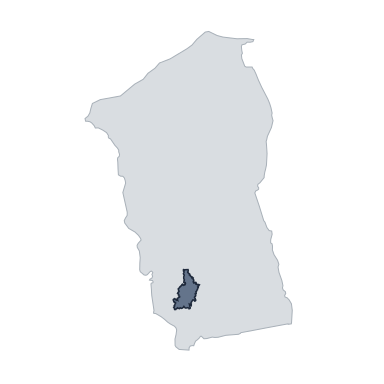 Karaga, Northern, Ghana shown in context, rotated 170°
{"feature_id": "2480657B76285553918092", "entity_name": "Karaga", "entity_type": "district", "adm_level": 2, "iso_a3": "GHA", "parent_name": "Ghana", "parent_adm1": "Northern", "projection": "natural_earth1", "projection_center": [-0.451, 9.918], "detail": "fine", "context": "in_parent", "style": "filled", "palette": "slate", "viewbox_px": 384, "rotation_deg": 170, "n_neighbors": 0, "source": "geoboundaries", "source_scale": "gbopen_adm2", "svg_char_len": 7259}
<svg xmlns="http://www.w3.org/2000/svg" viewBox="0 0 384 384"><g transform="rotate(170 192 192)"><path d="M232.0,39.2L234.7,42.2L235.3,43.8L234.3,50.1L232.4,54.5L231.1,58.7L231.3,60.7L232.5,62.8L236.5,66.0L238.6,68.1L241.1,71.3L243.9,74.4L248.7,78.5L250.8,79.2L250.7,80.3L250.0,81.9L249.6,97.0L249.2,100.9L248.9,102.9L248.4,108.5L247.9,109.3L247.0,109.3L246.2,109.5L245.9,110.6L246.3,111.7L249.2,112.6L248.6,113.4L246.4,114.2L245.4,115.9L245.8,117.8L244.6,119.4L245.0,120.4L245.8,121.2L247.0,120.9L250.4,118.3L251.8,118.0L253.6,118.6L256.8,122.5L257.0,124.5L255.7,131.1L254.4,136.3L254.1,143.1L255.5,147.0L255.3,149.1L253.8,150.9L250.5,153.5L250.7,155.3L252.3,158.7L255.1,162.5L260.6,167.1L263.6,173.1L263.7,175.6L261.9,178.1L259.9,180.2L259.3,183.3L260.2,203.5L255.8,212.3L255.8,214.8L256.2,217.7L257.4,219.5L259.6,220.0L261.5,221.7L260.8,227.8L259.9,234.1L259.7,237.2L259.2,238.6L257.4,239.8L256.8,241.8L257.2,244.2L256.9,246.0L257.9,248.4L259.8,251.3L263.1,258.6L264.3,259.1L264.9,260.7L264.5,262.1L265.8,265.3L269.3,268.6L273.1,271.4L276.1,271.8L276.8,274.3L278.8,277.5L280.3,278.9L282.6,279.8L284.5,280.2L284.6,282.9L281.2,284.8L278.9,287.6L277.1,291.8L274.7,296.5L266.3,298.9L263.1,298.9L245.8,299.0L229.7,308.2L220.4,311.5L214.7,316.6L207.0,320.3L201.6,324.7L190.5,326.9L172.2,333.9L166.5,336.7L160.7,341.5L151.2,347.2L147.6,347.2L140.2,341.8L134.6,339.2L121.1,335.1L111.0,333.5L106.1,331.7L104.7,331.4L105.9,329.5L108.7,329.4L111.7,330.0L113.9,328.5L117.2,328.3L118.1,326.8L118.4,322.9L118.3,319.8L119.5,318.4L119.8,314.8L118.2,306.7L117.0,305.7L111.1,304.6L110.7,303.0L109.6,301.3L108.5,297.1L107.2,290.8L105.2,283.1L101.2,270.4L100.2,265.9L99.6,261.3L99.4,255.8L100.2,253.8L100.1,251.0L99.8,248.2L102.6,241.7L108.1,233.7L109.2,230.9L110.2,228.9L110.4,226.0L111.4,216.8L114.0,205.6L115.7,201.4L116.8,199.1L118.1,195.4L118.5,193.6L123.5,189.3L125.8,188.1L126.4,186.4L125.6,184.5L125.9,183.2L127.1,182.5L129.0,182.0L130.3,180.2L128.2,166.4L126.5,152.7L126.4,151.5L125.4,149.6L124.4,144.0L122.7,140.6L120.3,139.7L120.4,136.5L122.8,131.3L123.4,128.2L122.2,127.2L122.1,124.8L122.9,120.9L122.5,118.5L122.1,116.0L119.6,109.9L119.0,105.7L120.3,103.2L120.3,97.7L118.9,89.3L118.7,84.0L119.6,81.8L119.2,79.7L117.4,77.7L117.3,75.8L118.8,73.9L118.6,72.4L116.7,71.3L115.0,68.7L113.5,64.6L113.8,58.1L116.7,45.9L117.1,44.9L120.3,45.0L120.3,45.5L130.4,45.4L142.0,45.3L155.8,45.1L168.3,45.0L168.8,44.4L170.9,43.8L183.6,45.0L191.5,44.4L194.8,44.8L197.3,45.6L202.8,45.1L205.7,45.4L207.9,48.4L208.8,48.4L210.0,47.1L212.2,45.6L214.4,44.5L216.0,42.1L217.0,40.3L218.4,40.7L220.5,40.6L221.9,39.1L222.4,36.8L232.0,39.2Z" fill="#d9dde1" stroke="#a8b0b8" stroke-width="1"/><path d="M213.8,117.1L214.0,116.9L214.1,116.6L214.0,116.2L214.0,115.8L214.0,115.7L214.1,115.4L213.8,115.1L213.7,114.5L214.1,113.8L214.7,113.0L214.5,112.3L214.0,111.6L214.1,111.2L214.3,111.1L214.4,110.8L214.6,110.5L214.6,110.3L214.8,110.1L215.0,109.6L215.0,108.7L215.2,108.2L215.1,107.8L215.0,107.7L215.0,107.3L214.7,106.8L215.1,106.0L215.3,106.0L215.4,105.8L215.4,105.7L215.8,104.2L215.6,104.0L215.4,104.1L215.2,104.1L215.0,103.8L214.8,103.9L214.7,103.8L214.4,103.9L214.3,103.4L214.3,103.0L214.9,101.9L215.1,101.9L215.2,102.1L215.5,101.8L215.7,102.0L215.9,102.0L216.1,102.0L216.1,101.9L216.3,101.8L216.3,102.0L216.5,102.0L217.1,102.1L217.3,102.5L217.5,102.3L217.6,102.5L217.7,102.3L217.7,102.5L217.8,102.3L218.1,102.4L218.3,101.9L218.6,101.8L218.8,101.6L219.0,101.6L219.3,101.4L219.5,101.0L219.9,101.0L220.1,100.8L220.4,100.5L220.5,100.5L220.5,100.3L222.4,99.0L222.3,97.2L221.9,96.6L222.1,96.4L222.2,96.1L222.3,96.0L222.8,95.9L222.9,95.7L223.0,95.7L223.3,95.4L223.2,95.3L223.4,94.9L223.4,94.6L223.4,94.3L223.6,94.3L223.4,94.0L223.3,93.9L223.3,94.0L223.2,94.0L223.1,93.8L223.1,93.7L222.9,93.4L223.0,93.2L222.9,93.2L222.8,92.8L222.9,92.6L222.8,92.2L222.9,91.9L222.8,91.5L222.7,91.5L222.8,91.5L222.8,91.4L222.5,91.3L222.6,91.1L222.4,91.1L222.3,90.8L222.4,90.7L222.8,90.5L223.7,90.5L224.1,90.1L224.6,89.7L225.0,89.7L225.2,89.3L225.0,88.9L225.0,88.6L224.9,88.3L224.9,88.0L224.6,87.7L224.8,87.8L224.8,87.7L225.0,87.9L225.3,87.9L225.3,88.0L225.6,88.2L225.8,88.2L226.0,88.2L226.0,88.3L226.1,88.1L226.3,88.3L226.5,88.5L226.6,88.8L226.9,89.3L227.1,89.2L227.3,89.3L227.5,89.6L227.6,89.9L227.8,89.8L228.0,89.8L228.1,89.6L228.8,89.6L229.2,89.2L229.2,88.7L229.2,88.3L229.1,88.0L229.0,87.7L229.0,87.3L228.9,87.3L228.9,87.2L228.6,86.5L228.4,86.5L228.2,86.6L228.2,86.4L227.9,86.0L227.7,85.9L227.8,85.8L227.7,85.7L227.4,85.5L227.4,85.4L227.6,85.3L227.9,85.0L228.3,84.2L228.9,83.6L228.8,83.4L229.2,83.2L229.0,82.8L229.1,82.3L230.1,81.7L229.6,80.6L229.5,80.0L229.6,79.4L229.5,79.2L229.0,79.1L228.6,79.1L228.4,79.1L228.3,79.5L228.1,79.6L227.9,79.7L227.5,79.9L227.3,79.8L227.0,79.8L226.8,79.9L226.4,80.5L225.0,79.4L224.8,79.5L224.7,79.4L224.6,79.5L224.2,79.5L224.0,79.9L223.7,80.0L223.6,79.8L223.1,79.7L222.6,79.2L221.7,79.3L221.4,79.6L221.1,79.6L220.9,79.7L220.7,79.9L220.1,80.1L220.2,80.4L220.1,80.5L219.9,80.7L219.8,80.4L219.4,80.0L219.1,79.4L218.8,78.9L217.1,78.7L216.5,78.9L215.9,78.7L214.8,77.5L214.7,77.5L214.4,77.7L214.5,77.6L214.3,77.6L213.9,77.9L213.8,78.2L213.9,79.0L214.0,79.3L214.0,79.6L214.1,80.0L213.9,80.2L213.8,80.4L213.9,80.5L214.0,80.8L213.7,81.0L213.8,81.5L214.1,81.7L214.1,81.8L214.0,81.7L213.7,81.9L213.5,81.7L213.4,81.6L213.5,81.3L213.3,81.4L213.2,82.0L213.1,81.7L212.7,81.1L212.8,80.7L212.6,80.4L212.5,80.7L212.4,80.7L212.4,80.9L212.2,81.3L212.2,81.7L212.1,81.9L212.3,82.1L212.4,82.4L212.1,83.2L211.6,83.8L211.4,83.9L211.4,84.1L210.9,84.5L210.7,84.8L210.3,85.0L210.1,85.3L210.1,85.5L209.9,85.6L208.8,85.3L208.8,85.2L208.6,84.8L208.5,84.4L208.2,84.3L208.2,84.2L207.9,84.2L207.8,84.6L207.7,84.6L207.7,84.2L207.4,84.3L207.1,84.7L207.1,85.3L207.3,85.8L207.3,86.5L207.5,86.6L207.7,87.2L207.9,87.5L207.8,87.9L207.7,88.2L207.5,88.4L207.3,88.3L207.1,88.4L206.9,88.7L206.7,88.7L206.6,89.4L206.4,89.7L206.2,89.8L206.3,90.0L206.3,90.6L206.2,90.7L206.6,91.1L206.6,91.8L206.5,91.4L205.5,91.4L205.4,93.2L204.9,93.2L204.7,93.6L204.6,93.9L204.4,94.3L204.3,94.5L203.7,94.7L203.7,94.9L203.5,95.1L203.4,95.6L203.2,95.9L203.1,96.0L202.9,96.2L202.9,96.6L202.8,97.2L202.9,97.5L202.6,97.6L202.5,97.8L202.4,97.7L202.4,97.9L202.2,97.9L202.1,98.0L201.9,98.3L202.0,98.3L201.8,98.4L201.9,98.6L201.7,98.6L201.7,99.0L201.3,99.1L201.3,99.3L201.0,99.1L200.8,99.3L201.4,99.7L201.6,99.7L201.7,99.8L202.2,99.9L202.7,100.0L203.4,100.2L203.7,100.2L204.1,100.5L203.8,101.0L203.6,101.2L203.8,101.7L203.7,101.8L203.8,102.2L204.1,102.2L204.4,102.0L204.5,102.3L204.7,102.2L204.8,102.1L205.0,102.3L205.3,102.1L205.5,102.3L205.8,102.1L206.1,102.1L206.1,102.3L206.2,102.6L206.1,102.8L206.3,102.9L206.3,103.0L206.4,103.4L206.0,103.7L205.9,103.9L205.7,104.0L205.6,104.6L205.6,105.0L205.8,105.1L205.7,105.5L205.8,105.9L206.1,106.1L206.1,106.5L205.9,106.9L206.0,106.9L205.9,107.1L206.2,107.8L206.5,108.0L206.8,108.5L207.0,108.5L207.2,108.4L207.3,108.2L207.4,108.6L208.0,109.4L208.0,109.9L208.3,110.0L208.2,110.4L208.5,110.7L208.9,110.8L208.8,111.1L208.6,111.2L208.6,111.8L209.1,112.0L209.3,112.5L209.5,112.6L210.2,113.6L210.1,113.9L209.8,114.0L209.8,114.4L209.6,114.6L209.4,115.0L209.3,115.9L209.4,116.1L209.4,116.3L212.4,116.7L212.5,116.6L212.8,116.4L213.1,116.1L213.4,116.9L213.8,117.1Z" fill="#64748b" stroke="#1e293b" stroke-width="1.5"/></g></svg>